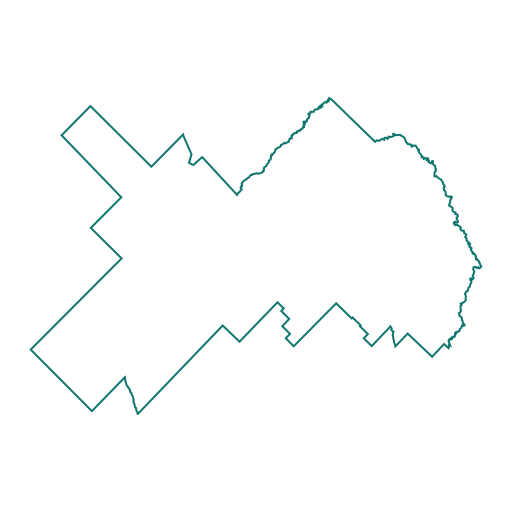 Tornquist, Buenos Aires, Argentina (Albers equal-area conic projection)
{"feature_id": "61730980B13616489731470", "entity_name": "Tornquist", "entity_type": "district", "adm_level": 2, "iso_a3": "ARG", "parent_name": "Argentina", "parent_adm1": "Buenos Aires", "projection": "albers", "projection_center": [-61.986, -38.263], "detail": "fine", "context": "isolated", "style": "outline", "palette": "teal", "viewbox_px": 512, "rotation_deg": 0, "n_neighbors": 0, "source": "geoboundaries", "source_scale": "gbopen_adm2", "svg_char_len": 6117}
<svg xmlns="http://www.w3.org/2000/svg" viewBox="0 0 512 512"><path d="M330.6,98.6L329.9,98.6L329.1,98.1L328.2,99.8L329.0,100.6L328.6,101.2L328.3,101.2L327.7,100.3L327.2,100.8L327.2,102.0L326.7,102.6L325.0,102.1L323.6,103.2L322.8,104.3L321.7,104.5L321.2,105.3L322.1,105.9L322.3,106.4L321.8,106.7L320.8,106.1L320.2,106.1L320.6,107.7L320.5,107.9L319.9,107.8L319.8,106.9L319.0,106.9L318.5,107.6L319.1,108.0L318.1,109.2L314.8,109.6L313.6,111.9L310.7,111.7L310.2,112.1L310.3,113.2L308.4,113.8L308.3,114.2L308.6,114.5L309.3,114.8L309.2,115.6L309.5,115.9L309.1,116.4L308.8,118.0L307.4,118.9L307.4,119.4L307.0,119.8L306.9,121.4L305.7,121.8L305.3,122.4L304.9,121.5L303.9,121.6L303.4,122.0L303.8,122.8L303.7,123.6L304.1,123.4L304.9,123.9L304.8,124.5L303.8,124.8L304.1,126.5L304.0,127.0L303.0,127.0L302.9,128.0L301.9,129.0L300.9,129.3L300.4,130.5L299.6,130.3L299.3,130.8L298.5,130.7L297.0,131.5L297.3,132.2L297.0,132.7L296.2,133.0L295.5,132.8L295.0,133.3L294.2,133.3L293.3,133.8L293.2,134.7L292.6,135.2L291.8,135.3L291.8,135.8L291.4,136.2L291.8,137.1L291.8,138.2L290.7,138.2L289.6,138.7L289.6,139.7L288.8,140.8L288.5,142.0L287.9,142.0L285.2,143.4L284.6,143.4L284.2,143.0L282.1,144.6L281.1,144.8L280.8,146.0L280.1,146.8L277.9,147.8L276.5,148.7L276.1,149.3L275.4,149.5L274.6,152.3L273.9,152.8L273.6,153.4L272.1,154.1L272.1,155.2L271.2,155.2L270.7,157.3L271.1,158.4L269.9,160.1L268.9,160.5L269.1,161.7L266.9,164.6L265.9,166.4L264.3,167.2L264.0,168.2L264.2,168.9L263.7,169.3L263.9,170.4L263.5,171.1L263.1,171.1L262.9,171.9L260.4,173.2L257.6,173.7L256.8,173.3L252.9,174.2L252.1,174.9L251.4,174.6L250.1,175.7L248.9,177.6L247.7,178.0L246.0,179.7L245.0,180.0L242.9,181.7L241.6,183.8L242.2,185.0L242.1,185.8L242.0,186.3L240.9,186.5L240.6,187.3L240.9,188.3L241.7,189.1L241.5,189.6L241.4,189.9L241.0,190.0L239.5,191.9L238.0,193.1L237.1,194.9L202.2,157.1L193.3,165.0L189.0,162.9L191.5,154.3L183.8,136.8L183.1,134.5L151.4,166.7L90.4,106.1L61.6,135.3L121.3,197.3L90.8,227.9L121.6,258.4L30.7,349.6L91.9,411.1L124.9,377.2L125.2,378.2L124.9,379.7L125.6,381.2L126.4,384.6L127.4,386.5L128.2,387.0L128.6,388.3L129.9,389.7L130.2,391.8L131.4,393.0L131.5,394.1L132.6,396.0L133.8,400.5L133.3,401.4L133.5,402.3L134.4,403.8L135.0,407.1L136.1,408.1L136.3,410.5L137.5,412.2L137.5,413.6L137.9,413.9L222.7,325.5L239.5,341.7L277.5,302.3L283.7,308.4L281.3,311.0L289.2,318.9L282.3,326.2L290.0,333.9L285.8,338.2L293.7,346.3L336.2,303.3L351.7,318.4L352.6,317.5L360.7,325.4L359.9,326.3L367.9,334.0L363.8,338.3L371.7,346.1L390.5,326.4L391.7,328.5L391.3,329.7L391.4,330.3L393.5,331.5L392.7,334.9L393.6,339.9L393.9,340.4L394.2,342.9L395.3,345.1L395.4,346.3L407.7,333.6L432.1,356.7L444.1,344.0L448.5,348.2L448.9,347.4L448.8,346.8L448.3,346.5L449.2,346.0L449.1,345.4L449.8,345.6L449.4,345.1L449.9,344.3L449.1,343.1L449.0,341.7L448.7,341.3L448.6,340.6L449.1,340.3L449.4,339.2L450.7,338.7L450.9,339.4L451.2,339.3L451.0,338.6L451.5,338.6L451.4,338.1L451.8,337.3L452.3,337.4L452.5,337.9L453.2,336.8L453.5,337.1L454.8,336.6L455.4,336.8L454.8,336.3L455.0,335.4L455.5,334.7L454.9,333.9L455.1,333.5L455.6,333.3L455.2,333.1L455.6,332.4L456.1,331.9L457.3,331.9L459.4,331.2L459.4,330.2L459.9,329.1L461.3,327.8L462.0,325.6L463.1,325.8L463.3,325.2L463.2,324.4L463.7,324.5L464.2,325.4L464.6,325.3L464.4,324.4L462.8,323.2L462.8,322.0L462.4,320.6L461.9,320.1L462.0,319.0L461.6,317.5L461.2,316.9L459.6,316.1L459.4,314.2L458.9,313.2L460.4,312.1L461.1,310.4L460.5,309.0L460.7,307.1L460.5,306.5L460.5,305.8L461.7,304.9L460.8,303.5L463.5,302.5L465.7,300.4L465.9,299.5L465.6,298.5L465.9,296.1L465.0,294.0L465.1,293.4L466.6,291.2L467.6,291.1L468.2,289.4L468.4,287.8L469.9,286.6L470.4,283.9L471.3,282.6L471.4,281.9L471.3,281.1L470.2,280.0L470.5,278.4L471.1,278.5L472.1,279.5L473.0,279.0L473.7,277.9L472.6,276.2L472.9,275.2L473.5,274.5L474.2,271.4L473.7,270.6L473.3,269.3L473.3,268.0L473.4,267.6L474.1,266.9L475.1,266.8L476.1,267.3L476.6,267.9L478.1,267.2L478.6,268.2L479.1,268.4L480.2,267.8L481.3,266.4L480.3,265.1L479.9,263.3L479.4,262.8L479.0,261.3L477.6,260.3L477.3,259.2L477.1,259.1L476.4,259.5L475.9,259.2L475.9,257.7L475.6,257.4L476.0,256.3L475.6,255.5L474.1,254.0L473.9,253.2L473.4,253.2L473.1,253.8L472.6,253.5L472.5,252.8L472.7,252.2L471.4,251.0L471.4,249.9L470.7,249.3L471.5,248.1L470.5,247.1L469.3,246.7L469.8,244.9L469.1,244.7L469.6,244.0L468.3,244.1L468.0,243.7L468.8,243.0L468.8,242.2L467.4,241.3L466.5,240.4L466.6,238.5L465.4,237.4L465.2,236.8L465.9,235.7L466.3,234.4L464.2,233.1L463.9,230.9L463.6,230.6L461.7,230.7L461.0,230.0L460.3,228.9L460.9,228.2L460.4,226.9L457.1,224.9L455.3,225.2L454.3,224.2L453.8,223.2L453.7,222.8L455.0,221.6L455.4,221.7L455.9,222.7L456.3,222.8L457.4,222.4L458.0,222.0L457.6,220.4L456.5,218.3L456.8,217.4L457.8,216.6L457.5,214.6L455.1,213.8L455.5,212.5L453.0,211.4L452.7,211.0L452.5,209.9L452.7,208.3L451.7,206.9L449.7,206.2L449.1,205.4L449.1,204.8L449.8,203.9L449.7,203.1L450.2,201.6L450.2,200.0L451.8,197.7L451.8,196.9L451.0,196.4L449.9,197.0L448.3,196.3L447.3,196.3L445.6,195.2L445.8,193.2L445.5,192.0L445.3,191.3L444.0,190.2L444.0,189.0L443.7,188.3L443.9,187.6L444.6,186.9L444.2,186.2L444.5,185.5L443.1,184.0L442.9,182.2L441.9,181.2L441.3,179.7L438.6,178.2L436.4,176.1L436.1,176.0L435.0,176.6L434.6,176.3L434.4,174.4L434.9,171.6L435.8,170.9L435.9,170.0L435.8,168.8L435.2,168.1L435.3,166.2L433.0,164.0L432.8,163.2L433.1,161.4L432.4,160.9L432.0,161.2L431.7,162.1L431.8,163.1L431.1,163.4L428.4,161.9L429.0,160.5L428.9,160.2L426.8,160.0L426.9,159.5L427.8,158.8L427.9,158.3L425.4,158.5L425.2,158.1L423.8,158.9L423.4,157.3L421.7,157.3L421.5,157.0L421.8,155.8L418.7,151.8L418.6,150.7L419.1,150.2L419.0,149.9L418.1,150.1L417.9,149.0L416.7,147.6L416.0,145.9L415.7,145.7L413.7,145.5L413.3,145.6L413.0,146.1L412.5,146.1L411.7,146.6L411.2,145.3L411.3,144.7L409.9,144.3L407.8,144.1L407.3,143.0L406.2,142.5L404.9,138.9L403.9,137.2L399.9,134.8L397.3,135.2L395.5,135.0L393.7,133.7L393.2,133.8L393.1,134.2L393.9,135.6L393.8,136.0L390.6,137.1L388.7,136.6L388.4,137.7L387.4,138.9L386.3,137.7L384.7,137.8L384.3,138.1L384.1,139.7L383.2,139.2L381.5,139.1L380.2,140.3L378.9,140.8L376.5,140.3L375.1,141.8L330.6,98.6Z" fill="none" stroke="#0f766e" stroke-width="2"/></svg>